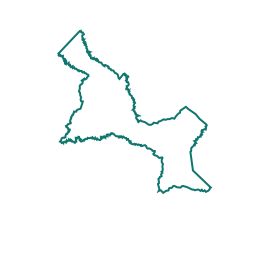 Ou Reang, Môndól Kiri, Cambodia (Mercator projection), rotated 43°
{"feature_id": "14789045B75407950785126", "entity_name": "Ou Reang", "entity_type": "district", "adm_level": 2, "iso_a3": "KHM", "parent_name": "Cambodia", "parent_adm1": "Môndól Kiri", "projection": "mercator", "projection_center": [107.115, 12.328], "detail": "fine", "context": "isolated", "style": "outline", "palette": "teal", "viewbox_px": 256, "rotation_deg": 43, "n_neighbors": 0, "source": "geoboundaries", "source_scale": "gbopen_adm2", "svg_char_len": 5809}
<svg xmlns="http://www.w3.org/2000/svg" viewBox="0 0 256 256"><g transform="rotate(43 128 128)"><path d="M87.6,184.3L88.9,183.8L89.7,184.1L90.0,183.2L91.1,183.2L90.5,182.3L91.2,180.9L92.5,180.9L91.8,179.1L92.6,179.4L92.7,178.2L93.7,177.4L92.9,176.7L93.7,176.6L93.6,175.7L94.3,175.6L94.7,176.6L95.8,175.6L96.5,176.1L97.8,174.8L98.9,175.3L99.2,175.1L98.9,174.4L99.5,173.3L96.6,170.9L97.7,170.4L97.3,169.9L98.0,169.1L97.7,168.2L98.3,167.9L99.6,169.0L100.4,168.5L101.4,168.5L101.1,169.9L103.0,169.9L103.9,168.2L103.7,167.1L104.5,167.0L104.2,165.1L105.6,164.0L105.2,162.7L106.6,162.0L107.3,160.7L108.0,160.4L108.2,159.0L108.9,159.0L108.5,159.5L109.2,159.9L109.9,159.0L110.9,159.0L110.7,157.8L111.5,158.3L112.4,156.9L113.3,157.7L114.1,156.5L115.8,156.0L116.0,154.0L115.6,154.2L114.9,153.6L115.6,153.4L115.9,152.5L115.2,152.3L116.7,151.5L115.9,150.8L116.3,150.2L117.7,150.3L117.4,150.0L117.9,149.0L117.3,147.9L118.6,147.8L117.6,146.5L118.9,145.5L119.7,145.7L119.5,144.7L120.0,143.8L119.3,143.5L119.6,142.9L120.3,143.1L120.5,142.4L121.5,142.1L123.9,142.3L125.9,141.6L126.2,140.9L126.9,140.9L127.4,140.1L128.1,140.9L128.8,139.8L128.7,138.9L129.6,139.1L130.0,138.4L130.4,138.6L130.3,137.5L132.3,137.4L133.5,136.6L134.8,137.2L134.7,136.6L135.3,136.1L135.6,136.8L136.1,136.4L137.3,136.7L138.5,136.2L138.3,137.1L138.8,137.4L139.0,136.7L139.6,137.4L140.3,136.8L141.2,137.3L142.9,136.4L143.2,135.7L144.2,135.5L144.0,135.1L144.8,135.0L144.9,134.2L146.8,133.7L147.0,132.8L148.3,132.4L148.8,131.8L149.3,132.1L149.5,131.6L150.2,132.0L152.2,128.9L153.6,128.9L155.5,129.8L156.7,129.5L157.2,128.7L158.4,128.1L160.4,127.7L161.5,128.0L163.3,126.6L164.1,127.6L164.2,129.7L165.5,130.0L168.1,128.7L171.2,128.6L173.1,126.2L173.6,126.4L174.5,128.5L176.1,130.0L178.2,130.6L179.1,132.4L181.6,134.5L182.5,135.8L182.3,137.1L183.7,137.4L183.5,138.0L184.0,139.5L185.4,140.3L184.7,142.1L185.2,142.9L184.9,144.3L188.2,147.1L188.1,148.5L192.8,151.4L193.4,153.1L193.7,152.2L194.6,151.2L198.0,151.4L198.7,148.0L200.2,146.1L199.2,144.2L199.5,143.3L200.8,142.0L200.7,139.7L201.3,138.8L204.4,137.8L206.1,136.6L207.1,135.6L207.2,133.6L207.9,132.8L211.4,131.0L217.1,129.2L217.9,128.3L219.4,127.9L220.8,125.6L222.3,124.7L223.9,124.6L224.1,122.8L225.6,123.2L226.2,122.8L226.6,121.3L228.5,121.6L229.6,118.8L229.4,116.9L228.8,115.9L229.1,115.1L204.5,114.8L189.9,102.9L190.0,102.0L187.9,99.4L188.2,95.4L187.8,95.3L187.6,94.0L188.2,94.2L187.8,93.3L188.1,92.6L187.4,92.6L187.3,93.1L187.1,92.3L185.5,92.3L186.2,91.0L185.7,90.1L186.3,89.8L185.7,89.3L186.4,88.6L185.4,87.1L186.4,86.2L186.4,85.3L187.0,84.7L186.3,84.2L186.6,83.0L185.9,83.3L185.6,83.0L185.9,81.8L184.5,80.7L185.2,79.9L183.8,79.8L183.6,79.0L184.5,77.8L184.7,76.7L185.9,76.1L184.7,74.3L183.7,74.1L183.9,72.5L182.9,72.0L174.2,72.5L168.0,71.7L159.1,73.0L155.9,73.0L154.4,79.7L155.6,81.3L155.0,83.3L155.1,87.2L155.6,89.5L153.3,90.8L152.4,93.1L150.9,94.5L149.7,96.6L148.2,97.3L146.9,101.1L146.0,102.3L146.4,104.4L143.2,106.6L143.2,108.5L142.5,110.2L140.8,111.5L136.5,112.1L133.4,113.7L132.0,113.8L131.5,116.6L130.6,116.3L130.5,115.6L129.0,115.3L128.6,115.7L126.9,115.0L126.5,114.2L126.9,112.4L127.4,111.7L125.0,112.5L124.1,112.2L124.1,112.8L122.8,112.2L123.7,111.8L122.5,111.9L121.4,111.2L120.6,111.6L119.5,110.6L119.1,111.0L119.1,110.0L118.7,109.6L119.2,109.1L118.5,108.6L118.4,107.9L117.7,108.3L117.0,108.0L116.1,106.3L116.1,105.0L114.8,105.1L114.9,104.5L113.8,104.3L113.3,103.1L112.5,103.0L112.3,103.5L111.5,102.7L110.7,103.3L110.4,102.7L109.6,102.7L108.8,102.0L106.4,102.4L106.3,101.8L104.5,101.5L104.1,100.3L103.5,100.4L103.3,100.0L103.2,100.7L101.5,99.6L100.3,100.8L99.7,100.1L99.7,99.1L98.5,98.3L99.3,96.7L98.8,95.6L96.8,94.4L95.8,95.2L95.3,94.6L94.2,94.7L94.3,93.3L93.0,91.4L93.3,90.4L92.8,90.1L92.1,90.6L92.2,92.0L91.3,91.1L89.8,91.5L88.8,90.8L89.1,90.5L88.5,90.5L88.6,91.5L87.9,91.8L88.3,98.0L87.1,97.9L84.2,96.0L82.4,96.0L80.8,96.6L78.1,95.9L76.4,97.2L75.2,96.7L73.0,97.6L72.5,97.4L72.4,96.6L71.7,96.4L68.7,97.3L68.1,97.9L68.7,98.8L67.6,99.1L64.8,98.8L63.9,98.4L61.7,99.8L60.0,99.0L59.5,100.1L58.7,100.3L58.5,98.8L58.1,98.6L57.2,99.3L56.7,100.5L56.0,101.1L55.2,100.1L54.6,101.7L53.7,101.3L53.2,102.1L52.6,101.5L51.3,101.4L51.1,100.5L50.7,100.7L49.5,100.0L49.8,100.8L49.5,101.1L48.3,100.3L47.8,99.3L48.3,98.3L47.0,98.8L46.8,100.3L46.1,100.3L44.4,98.1L42.9,98.0L42.4,96.7L41.2,96.7L40.3,95.7L39.6,96.5L38.8,95.0L38.1,95.9L37.3,95.8L37.3,94.4L35.1,94.5L35.3,93.1L34.0,93.9L33.6,93.0L32.4,92.6L31.4,91.5L31.9,89.7L31.2,89.3L29.9,89.0L29.2,89.7L27.6,89.2L27.8,89.9L26.6,90.1L26.4,120.9L26.9,120.8L27.5,121.8L27.9,121.3L28.4,121.8L28.6,120.8L29.5,120.8L29.3,121.3L29.7,121.4L30.9,119.9L31.1,120.3L31.5,119.9L32.1,120.8L33.8,121.5L33.7,121.0L34.4,120.7L34.7,121.6L35.3,121.1L35.7,122.1L36.6,121.0L37.4,121.4L37.3,122.1L37.8,122.5L37.0,123.0L37.9,123.8L38.5,123.9L39.1,123.7L38.6,122.7L39.9,122.2L40.2,120.8L41.9,122.4L42.7,122.2L42.8,121.5L44.5,122.5L45.3,120.7L45.8,121.5L46.7,121.9L47.2,120.4L48.9,120.9L49.7,120.0L52.3,120.1L52.5,119.3L53.7,119.7L54.0,118.9L55.3,117.9L56.1,118.4L57.1,118.3L57.6,117.0L59.0,117.4L59.9,116.7L61.3,116.8L62.6,116.2L63.1,116.5L63.7,117.2L63.5,118.6L64.0,120.2L63.5,121.7L62.4,121.6L62.3,122.5L62.8,123.5L62.2,123.8L62.6,124.1L62.1,124.9L63.2,125.1L64.2,126.2L64.2,128.0L63.7,128.6L64.0,130.1L66.0,132.2L67.3,134.8L68.8,134.9L71.0,136.8L72.9,137.6L73.6,139.1L74.9,140.2L75.5,140.4L76.9,139.4L80.0,145.9L80.0,146.8L79.0,148.1L78.4,150.0L79.0,151.3L77.4,152.8L78.1,153.4L78.0,154.5L78.9,155.7L78.4,156.6L79.1,157.9L78.9,158.9L80.1,160.0L79.9,160.7L81.3,162.9L82.6,163.1L82.9,163.6L81.4,166.4L81.9,167.5L81.3,168.9L82.2,169.3L84.0,168.9L85.0,169.6L86.4,168.8L87.0,169.5L87.2,170.7L86.7,171.0L87.4,171.7L86.9,172.5L87.6,173.6L86.9,174.7L87.8,176.7L88.5,177.3L88.0,178.8L87.2,179.1L86.5,180.7L87.5,182.7L87.6,184.3Z" fill="none" stroke="#0f766e" stroke-width="2"/></g></svg>